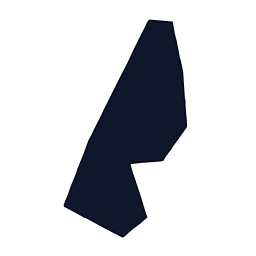 the district of San Juan Chamelco, Alta Verapaz, Guatemala, rotated 274°
{"feature_id": "79465075B61159508916708", "entity_name": "San Juan Chamelco", "entity_type": "district", "adm_level": 2, "iso_a3": "GTM", "parent_name": "Guatemala", "parent_adm1": "Alta Verapaz", "projection": "orthographic", "projection_center": [-90.26, 15.395], "detail": "fine", "context": "isolated", "style": "filled", "palette": "ink", "viewbox_px": 256, "rotation_deg": 274, "n_neighbors": 0, "source": "geoboundaries", "source_scale": "gbopen_adm2", "svg_char_len": 1157}
<svg xmlns="http://www.w3.org/2000/svg" viewBox="0 0 256 256"><g transform="rotate(274 128 128)"><path d="M98.4,165.2L101.6,166.5L106.4,169.6L110.6,172.4L113.5,173.8L118.1,176.8L133.5,186.1L140.3,185.3L145.2,184.4L157.0,182.8L158.8,182.8L161.9,181.9L188.1,178.3L199.6,175.0L200.2,174.5L217.3,170.0L225.2,167.4L236.6,164.6L236.9,142.5L236.6,141.7L235.4,140.8L229.9,138.6L221.8,135.2L218.5,133.8L211.1,130.7L201.7,126.9L197.2,125.3L190.4,122.6L181.8,118.8L162.1,110.6L155.3,107.8L143.9,103.0L140.4,101.7L134.9,99.5L132.5,98.4L122.6,94.3L119.4,93.1L112.7,90.1L110.5,89.4L98.8,86.1L83.6,81.1L79.1,80.1L65.6,75.6L56.9,73.3L50.5,71.0L46.4,69.9L45.5,70.3L41.7,78.9L41.2,80.0L40.7,81.0L37.3,88.5L36.5,89.7L35.9,92.3L28.7,108.2L26.2,113.7L25.0,116.4L24.5,117.6L23.9,119.0L23.1,120.9L22.1,123.2L19.8,128.5L19.1,130.3L21.0,132.6L23.6,134.9L25.3,136.7L27.0,138.4L29.4,141.1L34.9,147.3L37.0,149.2L38.9,151.4L40.4,152.6L40.9,152.6L43.1,151.4L55.7,146.7L57.2,146.1L61.2,144.5L65.9,142.6L72.9,139.7L75.7,138.6L77.4,137.9L80.8,136.5L82.3,135.7L92.7,132.0L95.1,145.2L95.3,146.8L95.6,148.8L97.6,162.6L98.4,165.2Z" fill="#0f172a" stroke="#020617" stroke-width="1.5"/></g></svg>